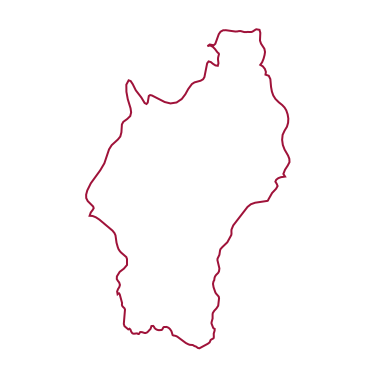 Gambela Peoples, orthographic projection, rotated 262°
{"feature_id": "ETH-3130", "entity_name": "Gambela Peoples", "entity_type": "Administrative State", "adm_level": 1, "iso_a3": "ETH", "parent_name": "Ethiopia", "parent_adm1": "", "projection": "orthographic", "projection_center": [34.092, 7.81], "detail": "fine", "context": "isolated", "style": "outline", "palette": "rose", "viewbox_px": 384, "rotation_deg": 262, "n_neighbors": 0, "source": "natural_earth", "source_scale": "10m", "svg_char_len": 3377}
<svg xmlns="http://www.w3.org/2000/svg" viewBox="0 0 384 384"><g transform="rotate(262 192 192)"><path d="M134.7,118.3L136.1,118.0L136.7,117.9L142.1,113.2L143.5,112.3L145.6,111.3L147.8,110.8L152.3,110.2L159.7,110.2L162.1,109.5L164.8,107.9L177.7,96.3L180.4,93.2L182.1,90.2L182.7,87.3L185.8,88.9L188.2,91.3L189.7,92.4L191.4,92.1L197.5,87.5L200.7,86.4L204.1,86.8L208.1,88.5L214.7,93.0L226.2,104.1L232.6,109.2L245.8,115.8L249.6,119.0L254.3,125.9L256.9,128.7L260.9,130.4L268.7,132.0L271.1,133.8L273.3,138.0L275.8,141.4L279.3,142.8L283.4,142.8L292.9,141.3L300.4,141.0L307.4,141.9L311.4,144.8L310.4,146.7L307.1,148.3L300.5,150.5L292.6,155.0L286.7,157.5L285.5,159.2L286.7,160.6L293.1,162.6L293.8,164.0L293.2,165.7L284.9,177.5L282.7,183.0L282.8,189.2L285.6,194.9L289.7,199.0L294.5,202.6L298.9,206.9L300.2,209.7L301.0,216.0L302.1,218.7L304.1,220.3L317.3,224.9L319.0,226.6L318.0,228.8L316.2,230.4L314.1,232.8L313.4,235.1L315.8,236.1L319.8,236.2L321.6,236.6L324.8,237.9L325.6,237.7L326.4,236.9L327.7,236.1L330.3,234.7L332.9,232.8L334.6,230.4L334.3,227.6L335.6,230.1L334.3,233.9L335.5,235.7L344.6,240.5L346.8,242.6L347.8,245.3L347.5,248.1L344.9,257.2L344.7,259.0L344.8,260.8L344.6,262.6L343.1,266.0L342.8,267.9L342.8,269.2L342.3,272.0L342.2,273.4L342.6,274.7L343.8,277.2L344.2,278.3L343.2,281.4L340.1,281.8L332.5,280.4L329.3,281.0L323.8,283.6L320.5,283.8L317.5,282.9L314.0,281.4L310.7,279.5L308.4,277.3L306.6,279.6L303.7,281.3L300.6,281.9L298.0,281.1L296.4,284.2L292.9,285.3L285.0,284.9L280.3,285.1L276.3,285.9L272.5,287.6L268.8,290.4L265.6,293.4L262.8,295.4L259.8,296.7L255.6,297.5L251.3,297.6L247.2,296.8L243.4,295.1L240.0,292.3L236.0,289.7L231.1,288.5L225.9,288.5L221.1,289.6L214.7,292.2L211.3,293.0L208.0,292.7L204.9,290.5L201.1,287.2L197.2,285.0L194.3,286.3L194.3,282.1L193.7,279.4L192.4,277.1L190.6,276.0L188.4,277.0L186.0,277.6L183.5,275.7L179.9,271.2L173.8,266.5L173.0,266.1L172.7,265.4L172.6,253.0L171.7,248.6L169.5,244.9L153.2,228.2L149.3,225.9L147.9,225.6L145.2,225.3L143.9,224.9L137.3,220.0L133.1,214.2L131.4,212.2L130.1,211.6L126.0,210.4L122.4,208.0L121.0,207.7L112.5,208.5L109.7,207.7L108.3,206.7L106.5,204.3L105.2,203.1L103.9,202.4L101.5,201.7L100.4,200.8L98.1,200.0L94.7,200.1L89.1,201.2L87.9,201.8L84.7,203.9L83.0,204.0L75.7,202.1L73.3,200.0L71.3,197.5L69.3,195.8L68.2,195.4L63.9,194.8L60.2,193.2L59.1,193.0L54.8,194.0L54.1,194.3L53.3,195.4L51.6,195.1L48.7,193.8L45.2,193.4L44.2,193.0L43.8,192.2L43.4,191.0L42.9,189.9L40.6,188.5L39.5,186.5L36.2,177.6L36.7,176.2L38.5,174.3L38.6,174.1L39.1,172.9L39.8,172.2L40.4,171.3L41.0,168.5L41.7,167.2L43.3,164.9L50.8,157.3L51.6,156.1L52.2,154.7L52.5,153.6L53.0,152.9L56.9,152.3L59.2,151.2L60.8,149.9L61.9,148.1L62.2,145.4L61.8,144.7L60.0,143.4L59.6,142.7L59.7,140.9L59.9,139.5L60.4,138.3L61.4,136.9L62.6,136.0L63.8,135.6L64.8,134.9L64.9,133.2L63.2,132.4L62.0,131.7L61.0,130.3L60.1,129.3L59.2,128.0L58.8,126.4L59.0,125.4L60.2,122.9L60.5,121.3L60.3,120.9L59.1,120.0L58.8,119.6L58.9,118.9L59.6,118.0L59.7,117.4L59.7,115.2L59.9,114.1L60.5,113.2L62.3,112.3L64.3,111.9L65.3,111.1L64.9,110.3L64.8,109.8L68.5,106.5L70.8,106.1L85.0,109.3L86.3,108.9L88.1,107.5L89.1,107.0L90.1,106.9L91.8,107.3L100.6,106.2L101.9,105.6L101.9,105.1L101.2,104.1L103.9,104.0L106.1,105.2L108.0,106.8L110.0,107.7L112.5,107.3L114.4,106.2L116.3,105.4L118.9,105.9L123.0,109.3L125.6,113.9L128.8,117.5L134.7,118.3Z" fill="none" stroke="#9f1239" stroke-width="2"/></g></svg>